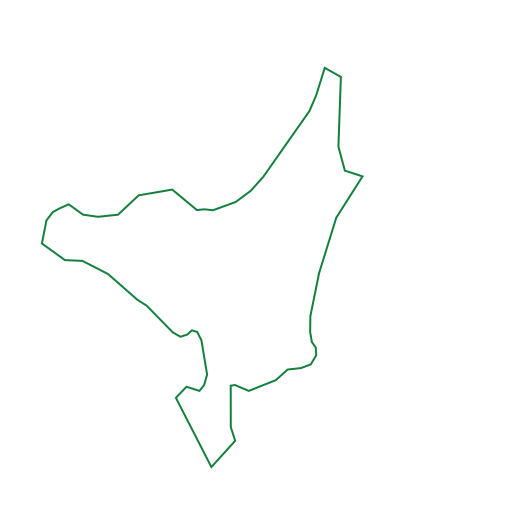 the border of Vrhnika, rotated 236°
{"feature_id": "SVN-1004", "entity_name": "Vrhnika", "entity_type": "Municipality", "adm_level": 1, "iso_a3": "SVN", "parent_name": "Slovenia", "parent_adm1": "", "projection": "albers", "projection_center": [14.296, 45.95], "detail": "fine", "context": "isolated", "style": "outline", "palette": "green", "viewbox_px": 512, "rotation_deg": 236, "n_neighbors": 0, "source": "natural_earth", "source_scale": "10m", "svg_char_len": 848}
<svg xmlns="http://www.w3.org/2000/svg" viewBox="0 0 512 512"><g transform="rotate(236 256 256)"><path d="M183.2,110.3L186.5,125.2L175.8,133.7L178.0,140.9L185.1,149.2L216.6,163.6L225.9,164.8L230.2,161.3L229.3,155.0L231.3,148.2L239.2,144.3L275.9,137.6L286.0,133.2L323.9,123.2L349.1,109.3L359.4,95.3L386.1,85.5L402.7,102.2L406.0,112.1L405.4,119.3L403.6,129.6L387.0,135.7L376.8,147.0L367.4,164.7L371.9,192.7L357.9,223.7L327.1,232.7L323.6,239.3L318.0,245.9L312.1,269.6L313.0,288.1L317.6,306.4L346.4,381.6L355.6,395.8L373.5,418.2L357.0,426.5L300.6,385.5L277.1,377.4L262.4,388.8L242.9,344.0L206.5,298.7L175.7,267.4L162.7,258.4L153.5,254.2L146.6,254.3L140.1,250.5L135.5,240.8L137.9,230.7L144.2,218.7L142.0,203.1L148.2,174.6L160.8,166.4L162.6,162.5L128.2,139.4L114.4,135.4L106.0,101.0L183.2,110.3Z" fill="none" stroke="#15803d" stroke-width="2"/></g></svg>